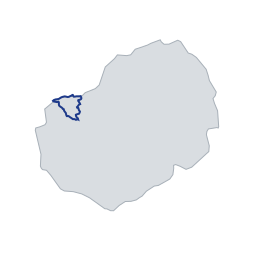 Gevgelija on a map of North Macedonia (Mercator projection), rotated 163°
{"feature_id": "MKD-2998", "entity_name": "Gevgelija", "entity_type": "Statistical Region", "adm_level": 1, "iso_a3": "MKD", "parent_name": "North Macedonia", "parent_adm1": "", "projection": "mercator", "projection_center": [22.379, 41.246], "detail": "fine", "context": "in_parent", "style": "outline", "palette": "blue", "viewbox_px": 256, "rotation_deg": 163, "n_neighbors": 0, "source": "natural_earth", "source_scale": "10m", "svg_char_len": 2598}
<svg xmlns="http://www.w3.org/2000/svg" viewBox="0 0 256 256"><g transform="rotate(163 128 128)"><path d="M115.8,64.2L119.9,64.8L128.9,62.2L134.5,58.7L137.3,58.1L141.1,56.8L146.6,57.0L152.1,58.5L159.1,56.5L166.0,53.1L168.8,54.0L171.8,56.8L173.8,57.6L185.2,72.5L191.5,78.5L198.9,83.1L207.3,86.4L210.4,89.6L215.7,105.4L218.3,111.4L221.9,113.2L222.7,114.9L222.9,117.2L218.9,128.3L217.3,153.0L216.2,155.0L212.0,154.9L206.4,155.4L204.3,157.3L202.1,170.5L193.1,174.3L184.9,176.5L178.0,176.0L165.9,172.8L161.9,172.5L158.6,174.3L147.8,175.2L143.0,177.5L131.9,193.0L120.6,198.3L116.8,201.0L108.1,197.6L104.0,197.2L98.1,201.2L85.0,201.6L81.4,202.3L71.4,202.9L71.0,200.7L69.1,197.6L64.4,196.2L54.8,197.4L52.4,195.2L48.5,182.1L45.4,179.9L42.0,175.5L36.1,161.3L36.0,155.0L36.3,149.5L33.1,136.6L35.1,133.4L38.1,131.3L38.1,126.2L37.3,118.3L40.9,102.7L41.8,101.6L42.7,102.4L51.4,103.6L53.6,101.6L55.0,98.6L55.5,87.2L57.6,81.9L78.5,71.9L84.6,71.5L89.3,76.1L93.1,79.1L95.3,79.0L96.1,76.0L98.7,70.3L102.9,67.0L115.7,64.2L115.8,64.2Z" fill="#d9dde1" stroke="#a8b0b8" stroke-width="1"/><path d="M191.8,175.9L190.7,176.4L189.0,176.5L186.6,176.1L185.4,176.1L184.0,176.5L183.0,176.8L181.8,176.9L179.6,176.8L178.7,176.5L177.1,175.5L176.5,175.2L175.5,175.1L173.7,175.4L172.3,175.5L171.6,175.9L171.2,175.8L171.0,175.5L170.9,174.2L170.7,173.8L170.0,173.6L167.8,173.3L165.0,172.4L164.1,172.3L163.7,171.2L163.9,170.8L163.9,170.1L164.2,169.6L164.6,169.3L165.9,169.1L167.0,169.2L167.5,169.1L167.7,168.5L167.5,168.1L167.3,167.6L167.2,166.7L167.0,166.2L166.8,165.5L166.8,164.8L167.1,164.8L167.4,164.8L167.7,164.8L168.6,164.3L169.2,163.8L170.0,163.2L170.3,163.1L170.7,162.9L170.7,162.3L170.5,162.1L170.1,162.1L169.7,161.8L169.7,161.3L169.7,160.7L169.7,159.5L169.6,158.9L169.4,158.5L169.2,158.0L169.2,157.6L169.7,157.0L170.2,156.4L170.6,156.0L171.2,156.0L172.1,156.0L173.0,156.0L173.7,156.0L174.0,155.9L174.1,155.5L174.2,154.7L174.1,153.9L173.8,152.9L173.6,152.6L173.2,152.1L173.1,151.6L173.2,151.1L173.2,150.8L173.3,150.9L174.3,151.0L174.9,151.0L175.5,151.1L176.2,151.9L177.2,152.4L178.0,152.5L178.4,152.9L179.0,153.8L180.2,155.2L180.9,156.2L181.4,156.8L182.2,157.1L182.7,157.1L183.0,157.2L183.2,157.9L183.2,158.8L183.1,160.7L183.5,161.6L184.0,163.0L184.0,164.0L184.0,164.8L184.6,165.1L184.8,165.4L184.8,165.9L185.2,166.5L185.5,167.1L186.0,167.6L186.4,168.1L186.8,168.7L187.2,169.3L187.3,169.8L187.3,170.3L187.1,171.1L186.9,171.8L186.7,172.3L186.7,172.8L186.7,173.3L186.8,173.5L187.2,173.5L187.7,173.5L188.5,173.6L189.2,174.0L190.4,174.6L191.6,175.4L191.8,175.9L191.8,175.9Z" fill="none" stroke="#1e3a8a" stroke-width="2"/></g></svg>